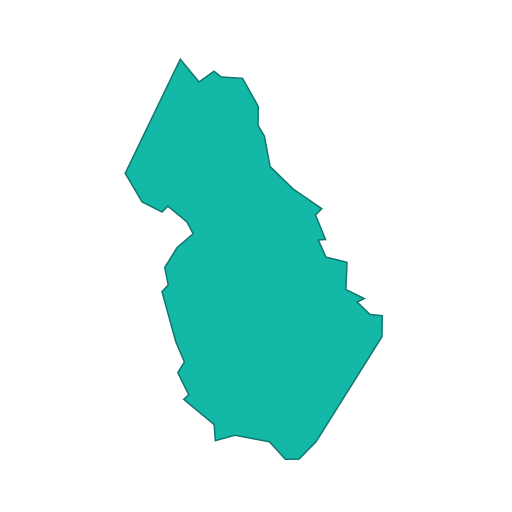 the district of Calhoun, West Virginia, United States of America, rotated 169°
{"feature_id": "52423323B5856421301049", "entity_name": "Calhoun", "entity_type": "district", "adm_level": 2, "iso_a3": "USA", "parent_name": "United States of America", "parent_adm1": "West Virginia", "projection": "natural_earth1", "projection_center": [-81.116, 38.829], "detail": "fine", "context": "isolated", "style": "filled", "palette": "teal", "viewbox_px": 512, "rotation_deg": 169, "n_neighbors": 0, "source": "geoboundaries", "source_scale": "gbopen_adm2", "svg_char_len": 715}
<svg xmlns="http://www.w3.org/2000/svg" viewBox="0 0 512 512"><g transform="rotate(169 256 256)"><path d="M331.2,82.5L311.1,84.1L278.3,71.1L266.0,50.9L252.6,48.4L232.4,62.3L147.8,152.7L143.4,173.3L155.3,176.9L165.5,191.5L157.9,193.6L174.2,205.9L167.9,232.4L187.6,241.6L191.8,259.9L184.6,258.9L189.8,284.9L182.4,289.9L206.7,314.6L225.1,341.1L224.9,372.1L229.1,383.9L225.2,402.3L235.3,432.9L256.0,438.4L262.0,445.4L278.7,437.7L292.8,463.6L332.8,410.1L368.6,362.1L357.5,330.8L339.8,317.1L333.0,321.8L317.2,302.5L313.5,289.8L331.8,279.4L347.8,262.1L347.7,244.3L355.1,238.9L351.1,187.2L346.5,165.6L355.0,156.5L348.5,132.5L354.3,129.1L329.2,98.4L331.2,82.5Z" fill="#14b8a6" stroke="#0f766e" stroke-width="1.5"/></g></svg>